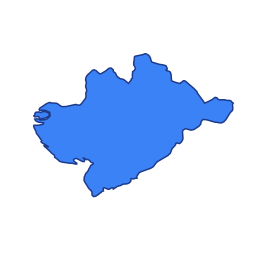 the Department of Nariño, rotated 289°
{"feature_id": "COL-1406", "entity_name": "Nariño", "entity_type": "Department", "adm_level": 1, "iso_a3": "COL", "parent_name": "Colombia", "parent_adm1": "", "projection": "robinson", "projection_center": [-77.896, 1.511], "detail": "fine", "context": "isolated", "style": "filled", "palette": "blue", "viewbox_px": 256, "rotation_deg": 289, "n_neighbors": 0, "source": "natural_earth", "source_scale": "10m", "svg_char_len": 4720}
<svg xmlns="http://www.w3.org/2000/svg" viewBox="0 0 256 256"><g transform="rotate(289 128 128)"><path d="M78.5,147.9L76.9,147.3L75.5,146.1L74.5,144.5L73.8,142.7L73.1,141.4L71.0,139.5L69.6,137.2L65.5,134.0L66.6,133.4L66.1,132.0L65.2,131.2L64.3,130.5L63.7,129.6L63.6,128.4L63.7,126.9L63.8,125.4L63.2,124.2L62.8,124.1L61.9,124.6L60.5,125.3L59.9,124.5L59.2,123.8L58.3,123.6L57.7,122.9L56.1,122.0L55.5,121.6L53.7,120.3L52.6,119.1L52.0,117.9L52.4,116.6L52.9,115.8L54.0,115.4L55.4,115.0L56.6,113.7L57.7,111.3L58.7,109.8L60.4,107.8L61.9,105.9L62.8,104.8L64.3,103.4L67.5,102.6L69.1,102.9L70.3,102.7L71.8,103.1L73.2,103.8L74.7,104.2L77.0,104.4L78.5,104.8L80.6,105.0L80.9,105.2L81.4,105.9L82.1,106.5L82.8,106.7L83.4,106.6L83.4,105.4L83.5,104.8L83.8,103.6L84.7,102.4L85.2,100.4L84.6,99.1L84.7,97.9L84.8,97.7L85.1,97.3L85.3,96.8L85.2,96.1L85.0,95.6L84.8,95.9L84.3,96.9L83.4,97.5L82.0,97.5L81.6,96.5L81.6,95.0L81.9,93.4L82.0,92.2L82.3,90.3L82.4,89.3L82.2,88.6L81.6,87.8L80.9,87.1L80.2,86.9L79.4,87.3L78.8,88.4L78.1,90.9L77.4,91.3L76.9,90.7L76.7,89.1L76.5,86.9L75.7,84.2L75.0,80.5L74.4,77.7L74.2,74.3L75.0,72.4L75.9,70.2L76.4,68.2L78.3,67.4L78.9,65.1L80.9,60.9L82.4,57.5L83.3,55.1L84.3,53.8L83.9,55.2L83.8,56.5L84.0,57.9L84.3,59.2L85.3,55.6L85.9,51.8L86.7,50.2L88.0,50.6L89.7,48.1L91.5,45.7L93.2,43.0L94.6,42.3L95.9,41.0L97.4,39.4L99.2,38.1L100.0,38.2L100.6,40.0L101.4,42.2L102.5,44.2L103.9,46.5L105.5,46.5L104.8,43.8L104.4,41.6L104.5,39.2L105.0,38.0L106.1,36.9L106.8,38.3L107.4,40.7L106.9,42.5L107.6,43.8L108.3,45.5L108.8,46.9L109.8,48.1L110.4,48.6L112.9,50.0L114.1,50.4L114.7,50.3L115.9,49.5L117.3,49.0L117.3,48.6L117.4,48.0L117.3,47.5L117.3,47.3L117.5,46.9L117.6,46.6L117.6,43.7L117.4,42.5L117.0,41.3L116.3,40.0L115.9,38.6L116.6,37.9L118.1,38.2L124.4,43.0L126.6,45.4L126.7,47.0L127.1,48.8L127.9,51.6L128.1,52.4L128.0,53.3L127.8,54.2L126.9,57.0L126.8,57.7L126.8,58.4L126.9,59.2L128.1,62.4L133.1,70.6L133.3,71.3L133.5,73.9L133.8,74.6L134.4,75.3L136.5,76.4L138.7,77.0L141.2,77.9L142.8,78.1L144.0,78.1L147.3,76.7L149.5,76.9L151.5,75.9L152.6,74.9L153.2,74.5L155.1,74.1L157.0,73.9L158.3,73.4L158.5,73.1L159.1,72.5L159.5,72.3L159.9,72.2L161.1,71.9L161.9,71.9L163.0,71.9L163.7,72.0L165.0,72.5L171.2,75.8L172.0,77.1L171.8,79.4L170.8,81.3L170.4,82.6L170.2,83.1L170.0,83.8L170.3,84.4L170.9,85.1L175.1,88.7L176.1,89.2L176.8,89.6L178.1,90.4L179.2,92.4L178.4,94.7L178.2,95.1L177.8,95.2L177.0,95.5L176.6,95.9L176.4,96.5L176.3,97.0L175.8,98.3L173.3,100.7L172.3,103.8L172.1,104.5L172.1,105.7L172.5,106.9L172.4,108.0L172.1,109.2L170.4,113.9L174.5,115.4L175.2,115.1L175.4,115.1L176.0,115.6L176.8,115.9L180.3,114.6L181.4,114.5L182.5,114.1L183.0,114.1L183.2,114.3L183.6,114.7L184.1,115.1L185.4,115.5L186.1,115.6L186.8,115.4L187.4,115.1L188.1,114.5L188.6,113.9L189.5,112.9L189.9,112.7L192.1,112.0L195.0,111.6L197.2,110.9L197.9,111.2L198.3,111.5L200.5,115.3L202.6,118.7L203.3,119.3L203.6,119.7L203.9,120.4L204.0,121.0L203.9,121.8L203.6,123.4L203.2,124.3L202.5,125.3L201.7,126.2L198.3,128.6L198.1,130.1L198.4,136.8L199.1,140.6L199.2,143.6L197.1,145.7L195.8,145.8L195.6,145.2L195.4,145.0L195.2,145.0L195.0,145.3L194.8,146.2L195.0,147.9L194.9,148.8L194.7,149.6L193.7,150.5L193.0,151.1L188.0,153.3L186.9,153.7L186.7,154.8L186.6,158.2L187.0,162.6L187.2,163.0L187.5,163.1L187.8,163.0L188.2,163.2L189.6,164.5L190.5,164.8L190.8,165.1L191.0,165.8L191.1,166.5L190.4,168.6L190.1,169.3L186.8,177.5L184.8,181.4L183.4,182.5L182.1,184.4L177.9,190.5L176.4,192.3L179.2,195.4L182.4,198.4L183.7,199.3L184.8,199.9L185.3,200.4L185.5,201.2L185.4,202.5L185.2,203.0L184.7,203.4L184.4,203.9L184.4,204.7L184.5,205.6L185.9,209.3L186.2,210.4L186.3,212.9L187.0,214.4L187.2,216.0L187.1,216.5L186.8,217.1L186.4,217.5L186.2,217.7L186.0,218.9L185.8,219.4L184.9,219.1L183.7,219.4L180.2,220.9L178.6,221.0L177.6,220.6L176.5,220.0L175.2,219.5L167.8,217.8L165.3,216.7L163.5,215.1L162.7,213.1L162.4,210.7L161.8,208.1L161.4,199.8L160.4,195.9L157.5,195.1L157.2,195.2L155.2,195.5L152.6,194.4L148.0,190.8L146.5,188.3L146.1,182.6L144.0,180.8L142.3,180.7L136.7,183.1L135.3,183.5L133.9,183.4L132.4,183.1L130.8,182.3L130.0,181.6L129.9,180.8L129.9,179.9L129.7,179.1L129.0,178.3L128.7,178.2L128.3,178.4L127.5,178.4L122.8,176.4L117.9,176.2L114.9,174.6L105.8,166.8L104.4,166.0L100.3,164.7L98.9,164.0L97.3,162.5L90.7,154.3L89.9,153.6L89.4,153.1L85.6,152.1L84.5,152.2L83.5,152.9L83.1,151.6L81.7,149.9L81.4,149.0L81.3,147.5L80.6,147.3L79.6,147.7L78.5,147.9ZM114.1,39.8L114.2,40.2L115.9,42.4L116.5,44.1L116.6,46.7L115.8,48.8L113.9,49.5L112.3,48.4L110.4,46.2L108.9,43.9L108.2,42.2L108.4,41.1L108.9,40.6L109.4,40.2L109.7,39.4L109.2,38.5L108.2,36.4L108.3,35.5L109.0,35.0L110.2,35.7L111.7,35.2L113.2,36.1L113.6,37.6L114.1,38.3L114.3,39.3L114.1,39.8Z" fill="#3b82f6" stroke="#1e3a8a" stroke-width="1.5"/></g></svg>